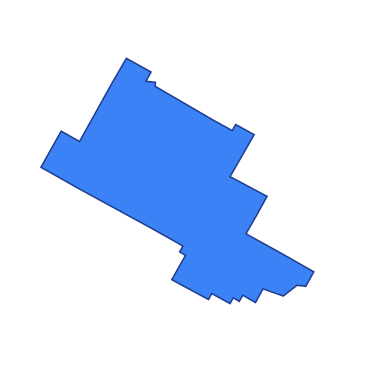 Sharp, Arkansas, United States of America, rotated 118°
{"feature_id": "52423323B36098505966546", "entity_name": "Sharp", "entity_type": "district", "adm_level": 2, "iso_a3": "USA", "parent_name": "United States of America", "parent_adm1": "Arkansas", "projection": "mercator", "projection_center": [-91.463, 36.194], "detail": "fine", "context": "isolated", "style": "filled", "palette": "blue", "viewbox_px": 384, "rotation_deg": 118, "n_neighbors": 0, "source": "geoboundaries", "source_scale": "gbopen_adm2", "svg_char_len": 663}
<svg xmlns="http://www.w3.org/2000/svg" viewBox="0 0 384 384"><g transform="rotate(118 192 192)"><path d="M104.8,312.7L134.7,313.8L200.2,315.0L199.7,336.1L241.1,337.0L242.2,294.6L243.1,209.5L244.0,174.7L250.7,174.8L251.0,168.0L278.9,168.7L279.0,161.8L279.2,126.9L272.4,126.9L272.7,106.0L266.1,105.9L266.4,98.9L259.3,98.7L259.8,84.0L244.2,83.8L241.0,62.6L225.1,55.5L221.9,47.2L211.8,47.1L210.5,47.1L206.8,47.0L205.3,47.0L204.2,84.8L203.6,124.7L181.3,124.0L160.6,123.7L160.6,162.0L160.6,165.6L112.2,164.0L111.9,185.1L118.9,185.4L118.6,206.3L116.0,274.0L112.3,275.8L115.8,284.7L105.3,284.5L104.8,312.7Z" fill="#3b82f6" stroke="#1e3a8a" stroke-width="1.5"/></g></svg>